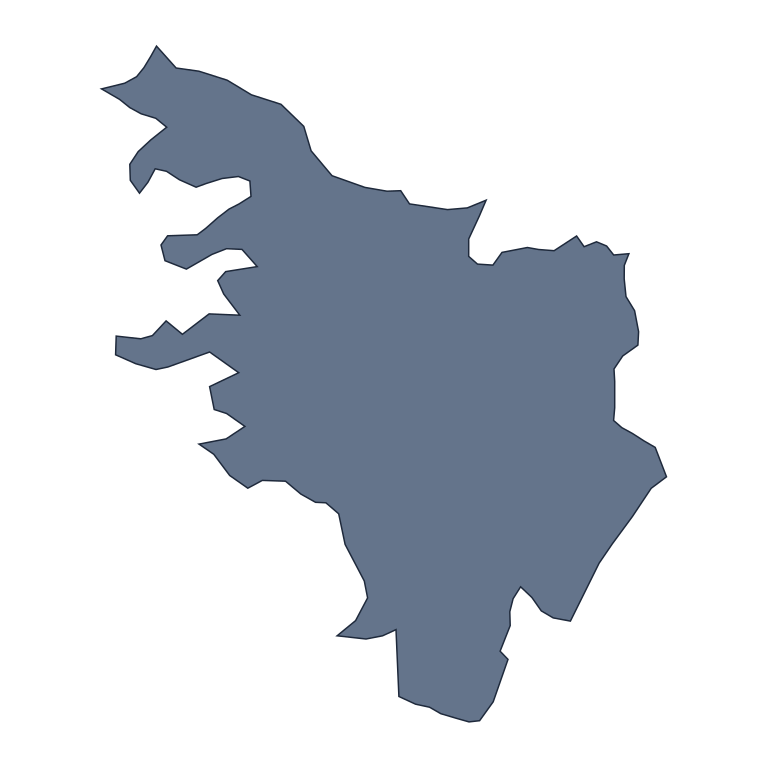 Braga, Rio Grande do Sul, Brazil (Albers equal-area conic projection)
{"feature_id": "56859067B42324023180319", "entity_name": "Braga", "entity_type": "district", "adm_level": 2, "iso_a3": "BRA", "parent_name": "Brazil", "parent_adm1": "Rio Grande do Sul", "projection": "albers", "projection_center": [-53.757, -27.581], "detail": "fine", "context": "isolated", "style": "filled", "palette": "slate", "viewbox_px": 768, "rotation_deg": 0, "n_neighbors": 0, "source": "geoboundaries", "source_scale": "gbopen_adm2", "svg_char_len": 1933}
<svg xmlns="http://www.w3.org/2000/svg" viewBox="0 0 768 768"><path d="M156.0,369.5L167.9,367.0L209.6,352.0L238.7,372.7L209.6,386.6L214.2,409.5L226.6,413.5L244.9,426.4L226.1,438.9L199.0,444.1L213.8,454.3L229.7,475.5L247.8,488.2L262.3,480.4L285.5,481.2L300.9,494.1L315.5,502.3L325.9,502.8L338.7,513.8L345.1,544.4L364.3,581.0L367.6,597.9L355.6,620.6L337.1,635.8L366.0,639.0L382.6,635.8L396.0,629.6L398.9,696.5L415.6,704.2L429.5,707.2L440.8,713.7L456.0,718.2L469.0,721.9L479.6,720.7L493.2,701.8L508.0,659.4L500.1,651.2L510.2,625.6L509.8,611.7L513.1,598.7L520.6,586.8L531.9,597.5L541.3,610.9L553.2,617.9L570.4,621.1L599.1,563.2L612.2,544.0L632.5,516.4L641.8,502.4L651.2,488.3L666.5,476.8L655.2,447.4L644.0,440.9L632.5,433.5L621.9,427.7L613.6,420.5L614.7,407.8L614.7,396.1L614.7,381.4L614.0,369.0L622.7,356.0L637.9,345.1L638.6,331.7L634.6,310.7L626.0,296.6L624.2,278.9L624.3,265.4L628.9,253.7L613.7,255.0L606.6,246.0L596.5,241.8L584.1,246.7L576.6,236.0L554.1,250.7L538.6,249.5L527.4,247.5L502.0,252.4L492.9,265.1L477.5,264.1L468.7,256.4L468.7,239.0L479.3,216.1L486.1,200.2L467.3,207.9L447.5,209.6L409.5,203.9L400.7,190.7L387.0,191.2L364.9,187.4L332.0,175.7L323.0,165.0L311.1,150.8L303.8,126.4L281.0,104.3L251.4,94.8L227.2,80.2L198.9,71.2L176.1,68.0L156.5,46.1L150.7,56.5L143.9,67.7L136.6,76.7L124.7,83.2L101.5,88.9L119.6,99.4L129.8,107.6L141.1,113.8L155.8,118.3L166.7,127.2L150.8,139.9L138.2,151.6L129.8,164.3L130.3,180.3L139.5,193.2L147.9,182.3L155.2,168.8L166.5,171.3L179.5,179.8L196.1,187.2L206.2,183.5L222.1,178.5L238.4,176.5L249.9,181.0L251.0,196.4L239.1,203.9L229.0,209.1L217.7,217.8L205.8,228.3L197.2,234.8L181.9,235.3L167.6,235.8L161.0,245.0L165.0,260.7L186.4,269.1L212.0,254.4L226.5,248.7L242.0,249.4L257.2,266.6L225.7,271.6L217.7,280.6L223.7,294.0L239.8,315.2L209.1,313.9L182.4,334.3L166.1,320.9L152.4,335.6L140.7,338.8L116.2,336.1L115.6,354.8L135.7,363.7L156.0,369.5Z" fill="#64748b" stroke="#1e293b" stroke-width="1.5"/></svg>